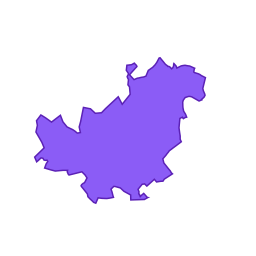 Bichi, Kano, Nigeria (orthographic projection), rotated 320°
{"feature_id": "59680162B73114171000075", "entity_name": "Bichi", "entity_type": "district", "adm_level": 2, "iso_a3": "NGA", "parent_name": "Nigeria", "parent_adm1": "Kano", "projection": "orthographic", "projection_center": [8.292, 12.285], "detail": "fine", "context": "isolated", "style": "filled", "palette": "violet", "viewbox_px": 256, "rotation_deg": 320, "n_neighbors": 0, "source": "geoboundaries", "source_scale": "gbopen_adm2", "svg_char_len": 2770}
<svg xmlns="http://www.w3.org/2000/svg" viewBox="0 0 256 256"><g transform="rotate(320 128 128)"><path d="M219.7,139.2L217.9,135.0L217.4,133.1L216.7,131.6L214.6,128.4L214.4,127.3L216.6,125.5L217.5,125.1L215.1,120.2L213.9,118.9L212.0,116.6L210.3,115.5L208.6,114.6L204.0,113.5L204.7,111.5L204.6,108.1L204.0,108.4L203.9,108.7L202.8,109.7L202.4,110.0L200.9,110.7L200.2,110.6L199.5,110.7L199.3,108.0L198.8,106.9L198.1,106.5L198.1,105.4L197.6,103.3L197.7,94.8L196.8,94.4L192.1,96.3L189.4,97.0L185.7,97.4L184.1,97.2L182.3,97.1L180.6,96.9L175.1,99.8L174.6,99.6L172.8,99.0L170.5,97.6L168.6,96.7L167.1,95.8L163.7,94.8L163.4,88.2L167.4,87.6L173.1,86.8L173.6,86.8L173.9,86.7L174.2,86.7L174.4,86.6L174.5,86.5L174.5,86.3L174.6,86.1L174.6,85.6L174.7,85.2L174.7,84.8L174.7,84.7L174.6,84.2L174.6,83.7L174.5,83.1L174.6,82.6L174.5,82.3L173.7,82.3L173.5,82.2L173.1,82.1L171.5,81.8L170.8,81.4L167.5,79.2L163.8,82.7L163.5,85.5L163.4,86.3L162.9,86.9L162.3,87.3L160.5,88.0L160.0,89.0L159.5,91.2L155.7,94.9L155.6,97.4L152.7,101.6L151.3,103.6L138.8,106.1L140.6,97.8L123.2,98.7L117.5,99.3L112.4,95.7L111.6,89.2L107.1,83.6L96.0,92.5L91.3,95.8L88.6,100.9L86.1,99.5L85.7,98.7L85.5,96.9L85.1,95.5L84.8,94.3L82.0,88.0L82.1,81.5L84.4,74.8L73.2,74.3L71.4,67.3L70.0,63.0L69.6,62.0L65.8,62.9L62.6,63.6L60.3,67.7L54.9,71.9L52.8,83.6L51.0,89.3L37.8,90.3L36.3,95.2L38.6,95.2L42.2,95.0L43.4,96.6L43.0,98.3L43.4,99.0L43.8,99.6L44.6,100.1L45.3,100.7L45.1,102.0L42.2,102.9L38.4,105.1L41.9,110.4L44.6,114.2L50.8,118.5L54.5,121.6L53.3,122.5L52.5,125.1L52.6,126.1L64.5,131.9L64.9,136.3L64.5,139.9L60.2,141.7L59.5,141.9L59.2,141.9L58.6,141.7L58.0,141.6L56.1,141.6L55.0,142.0L54.7,142.8L54.7,143.7L54.7,144.9L54.5,152.4L53.1,154.9L53.2,156.0L53.3,157.7L53.7,160.7L53.9,162.9L55.0,164.9L60.2,162.3L62.8,165.1L66.4,168.4L69.2,170.1L72.3,171.8L72.9,170.3L74.6,166.8L75.7,163.9L79.6,163.6L80.6,164.6L83.6,169.0L84.2,173.9L87.0,181.0L83.9,184.9L94.6,193.3L98.4,194.0L98.2,193.8L98.0,188.2L96.3,188.2L95.4,188.2L93.3,188.4L93.7,187.3L94.0,186.6L94.1,186.3L93.8,186.2L94.1,185.1L95.4,184.0L96.3,181.4L102.8,180.2L103.1,180.5L104.6,181.4L104.8,181.5L105.1,184.6L113.9,184.3L115.2,184.2L115.2,187.7L118.6,189.7L120.6,191.2L122.9,190.5L132.6,191.7L132.4,190.1L132.8,188.1L132.8,185.2L133.0,177.8L134.9,174.0L139.4,173.3L141.8,172.7L143.1,172.5L145.0,172.0L160.0,172.8L160.7,170.2L162.8,167.7L164.3,165.2L167.2,160.6L173.9,154.0L176.6,154.7L176.4,155.9L176.4,156.4L177.8,156.6L178.7,156.8L179.9,157.4L180.4,156.0L180.9,154.5L181.3,151.9L181.4,151.0L183.0,148.0L183.9,146.7L186.6,143.3L188.3,142.2L191.4,141.4L194.8,142.8L195.7,143.6L196.8,145.0L199.8,153.0L202.7,153.9L202.8,153.4L206.0,153.3L208.0,152.5L208.6,151.4L209.0,150.1L209.6,148.1L210.7,145.8L219.7,139.2Z" fill="#8b5cf6" stroke="#5b21b6" stroke-width="1.5"/></g></svg>